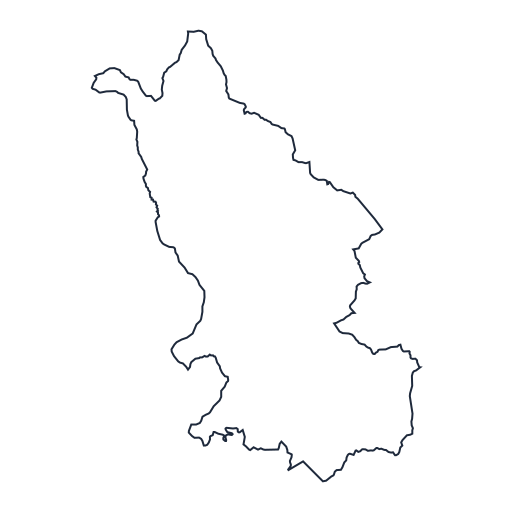 outline of Anapoima, Cundinamarca, Colombia
{"feature_id": "7082276B58765294535219", "entity_name": "Anapoima", "entity_type": "district", "adm_level": 2, "iso_a3": "COL", "parent_name": "Colombia", "parent_adm1": "Cundinamarca", "projection": "robinson", "projection_center": [-74.53, 4.566], "detail": "fine", "context": "isolated", "style": "outline", "palette": "slate", "viewbox_px": 512, "rotation_deg": 0, "n_neighbors": 0, "source": "geoboundaries", "source_scale": "gbopen_adm2", "svg_char_len": 6030}
<svg xmlns="http://www.w3.org/2000/svg" viewBox="0 0 512 512"><path d="M91.8,87.8L92.6,88.8L95.6,89.7L99.3,92.5L100.4,92.6L106.4,91.4L115.5,91.1L117.3,92.0L118.1,92.9L123.6,94.6L125.8,97.0L126.7,99.4L126.9,109.7L127.9,115.3L128.4,116.6L130.5,119.7L131.3,120.3L134.1,120.8L134.4,124.9L136.8,129.4L137.2,131.7L136.8,138.0L136.4,139.5L137.4,141.8L137.2,145.5L137.8,147.4L137.8,149.6L138.6,151.8L138.6,153.3L141.2,156.9L141.8,158.9L147.2,169.5L146.1,171.7L146.0,173.4L145.3,175.5L143.3,177.0L143.5,178.7L144.6,181.9L145.9,184.0L145.9,185.8L146.3,186.9L147.9,188.0L148.4,190.3L150.1,191.9L149.7,193.5L150.3,197.2L151.6,197.7L151.6,199.6L153.0,199.6L153.6,201.6L155.5,201.7L156.1,202.9L155.9,204.4L157.2,205.7L156.5,207.3L157.8,208.9L157.4,210.2L158.0,210.9L157.8,211.4L157.1,211.7L158.0,212.6L158.0,214.1L159.0,215.3L159.1,216.5L157.8,217.3L155.6,220.7L155.6,222.0L157.3,231.0L160.1,240.0L162.6,243.4L164.2,244.5L169.2,246.9L173.1,247.2L174.3,247.8L174.9,248.6L175.5,252.5L177.7,255.6L179.0,261.6L184.6,267.6L188.0,273.1L192.4,274.2L195.5,277.1L197.9,280.6L199.5,284.9L204.3,290.9L204.5,297.3L203.8,302.3L202.4,306.4L202.4,311.9L201.1,319.0L200.3,320.8L196.5,324.4L192.7,333.5L186.9,337.7L181.7,339.5L176.6,342.2L174.4,344.6L171.5,349.3L171.7,351.6L174.0,356.1L178.2,361.4L180.0,362.6L182.9,363.4L186.2,366.8L188.0,369.6L190.0,367.0L190.4,364.1L191.3,362.1L195.4,358.7L199.2,358.1L200.0,357.4L202.1,357.4L204.6,355.9L205.9,356.6L207.7,356.5L209.8,354.6L210.9,355.4L213.1,355.4L213.7,356.3L214.9,356.4L215.7,357.7L217.1,362.5L219.8,366.3L220.1,368.4L222.0,372.6L224.9,376.2L227.7,376.8L228.2,380.0L228.0,381.1L226.4,382.5L224.7,386.7L221.2,390.8L221.2,396.9L219.5,400.5L213.7,406.2L210.0,412.3L208.7,413.5L205.9,414.7L202.5,416.7L201.2,420.8L199.8,423.0L196.2,424.5L191.3,424.5L188.9,430.9L188.8,432.6L192.0,436.0L194.5,437.8L199.1,437.6L201.2,438.9L202.4,440.9L203.8,445.5L205.5,445.5L207.2,444.8L208.8,442.5L210.0,439.4L209.9,436.8L210.5,436.1L212.7,435.2L213.6,432.0L214.7,432.0L218.2,433.7L222.7,434.7L223.9,435.4L223.9,436.8L223.3,438.0L223.4,439.5L225.2,441.0L226.0,441.0L226.2,440.1L225.4,437.2L225.7,435.6L227.8,434.4L231.8,435.0L232.6,434.1L231.8,433.2L227.3,432.1L225.7,429.6L225.5,428.6L225.8,428.2L226.6,427.8L233.0,428.5L236.4,428.1L237.7,429.1L237.8,431.6L238.7,432.3L239.7,432.3L242.7,430.0L244.8,436.9L243.5,444.4L246.0,446.4L249.1,449.6L250.2,450.1L253.6,447.3L258.0,449.6L260.8,448.3L263.3,449.5L264.9,449.8L278.1,449.5L278.8,447.9L279.7,443.8L281.4,441.6L286.2,446.6L287.3,449.9L287.5,452.5L291.6,454.3L291.8,454.8L291.5,457.3L289.9,461.0L290.1,462.6L290.8,464.3L290.8,465.9L288.2,469.5L288.5,470.0L303.1,461.4L322.9,481.3L326.1,480.7L331.3,476.5L333.4,475.4L333.9,474.6L334.8,471.7L336.6,470.1L340.9,469.8L342.4,467.3L344.3,462.4L346.2,460.4L346.6,457.5L347.8,455.0L348.7,454.1L349.8,453.7L353.6,454.9L355.6,450.6L356.3,450.4L358.3,451.9L360.3,451.2L361.9,449.5L362.8,449.2L365.5,449.4L367.9,450.8L370.9,450.4L372.7,450.6L373.8,450.3L376.4,448.0L377.3,448.0L379.3,449.1L381.3,448.7L384.3,449.9L386.0,450.0L388.5,452.0L391.2,452.6L393.0,452.3L395.0,455.2L396.1,455.2L398.2,454.0L399.3,452.0L400.3,447.5L402.3,445.6L401.2,442.4L402.5,440.1L406.9,435.3L410.3,434.7L412.3,433.7L412.3,430.3L412.9,428.2L411.7,425.4L411.4,421.5L412.1,418.8L412.5,413.6L409.8,396.1L410.1,393.3L412.2,385.9L411.9,375.9L412.8,372.6L414.0,371.2L416.0,370.5L420.2,367.3L419.3,367.2L417.2,362.4L417.0,360.3L415.4,358.7L412.5,358.9L411.0,358.3L410.5,357.5L410.5,355.3L409.5,353.5L409.7,351.8L409.2,351.2L403.9,351.5L402.9,351.0L401.5,348.8L400.4,344.7L398.8,345.1L397.4,346.6L390.9,347.1L385.7,349.4L379.5,349.6L378.3,350.1L377.5,351.8L375.8,352.7L374.7,354.0L373.3,353.9L372.2,352.6L371.0,349.5L369.7,348.0L368.4,347.8L366.4,346.6L364.6,344.6L361.5,344.0L358.8,342.9L357.8,341.2L356.1,339.8L354.4,337.1L352.2,334.7L348.7,333.5L342.7,333.1L339.5,331.5L334.1,323.4L336.5,322.8L341.1,320.3L343.5,319.5L346.3,316.9L349.6,315.1L351.4,313.2L354.6,312.9L350.5,308.4L349.9,306.7L350.1,305.4L354.5,300.4L355.7,298.4L355.9,291.6L356.7,289.3L356.6,286.5L358.0,284.8L361.2,283.1L363.5,282.9L365.4,283.6L367.2,283.7L369.8,282.4L367.0,281.2L364.5,278.2L364.2,276.3L364.9,274.5L363.2,273.3L360.3,267.5L359.8,265.1L358.4,263.8L358.3,263.0L359.2,262.1L358.9,261.0L355.8,257.7L354.5,251.0L353.2,249.4L358.7,248.4L361.3,243.7L362.6,242.7L369.2,239.2L370.7,235.9L372.1,234.9L374.9,234.5L379.3,232.6L382.4,229.4L374.7,219.0L357.7,198.7L355.4,196.8L355.1,194.9L352.8,192.6L350.4,193.5L343.2,191.1L341.3,189.8L337.2,190.4L333.3,187.2L329.8,182.1L329.0,181.9L328.2,184.0L327.3,184.3L326.8,180.9L325.5,180.1L323.9,179.7L318.3,179.9L313.7,177.4L310.7,174.2L310.1,172.9L309.4,162.0L306.4,163.1L305.2,163.1L302.0,162.1L298.4,162.1L295.5,160.4L293.5,159.9L293.0,157.7L292.8,154.4L295.2,150.3L292.6,138.5L291.5,136.1L287.9,134.3L285.6,132.2L284.9,129.2L284.4,128.5L281.4,128.1L278.2,125.9L272.5,124.5L271.7,124.0L270.4,122.0L268.0,121.1L265.9,119.7L264.6,119.8L262.5,117.9L260.9,117.9L258.7,114.8L254.1,112.8L251.6,113.7L249.6,113.2L248.0,111.8L247.0,111.8L246.3,112.1L245.5,113.4L244.6,113.7L243.8,110.3L244.0,109.3L245.7,107.4L245.8,106.6L244.6,104.2L243.7,103.6L239.8,102.9L229.4,98.6L228.8,97.7L228.4,94.4L226.2,91.0L227.0,88.1L226.0,84.4L226.5,82.1L226.4,79.7L225.7,76.0L224.6,74.9L223.7,73.3L222.9,70.6L220.8,66.3L217.6,62.5L215.9,59.9L215.5,58.5L213.2,55.8L212.6,54.0L212.3,50.8L210.9,48.2L208.2,45.7L206.2,39.2L205.9,34.6L201.9,31.3L198.5,30.7L193.7,31.8L187.9,31.5L188.2,33.5L187.2,41.5L185.0,45.5L181.7,49.8L180.7,53.2L179.7,54.6L178.6,60.1L176.5,62.1L174.9,62.8L170.1,66.9L169.0,67.3L167.2,69.3L166.3,71.3L164.2,72.7L163.1,76.9L162.4,78.1L163.5,81.0L162.2,85.7L161.8,89.6L162.5,93.1L162.3,95.8L159.7,98.5L158.8,98.7L155.7,100.9L154.8,100.7L151.0,95.9L146.9,96.1L145.9,95.7L142.6,91.4L140.8,88.5L138.2,81.7L137.1,80.7L133.7,79.8L130.4,79.8L129.6,79.3L128.6,77.4L125.4,76.6L123.7,74.2L120.9,72.3L119.9,70.1L114.4,68.1L109.7,68.4L104.9,71.3L103.3,73.2L98.8,74.2L94.9,76.0L96.4,77.7L96.2,79.3L93.7,82.8L91.8,87.8Z" fill="none" stroke="#1e293b" stroke-width="2"/></svg>